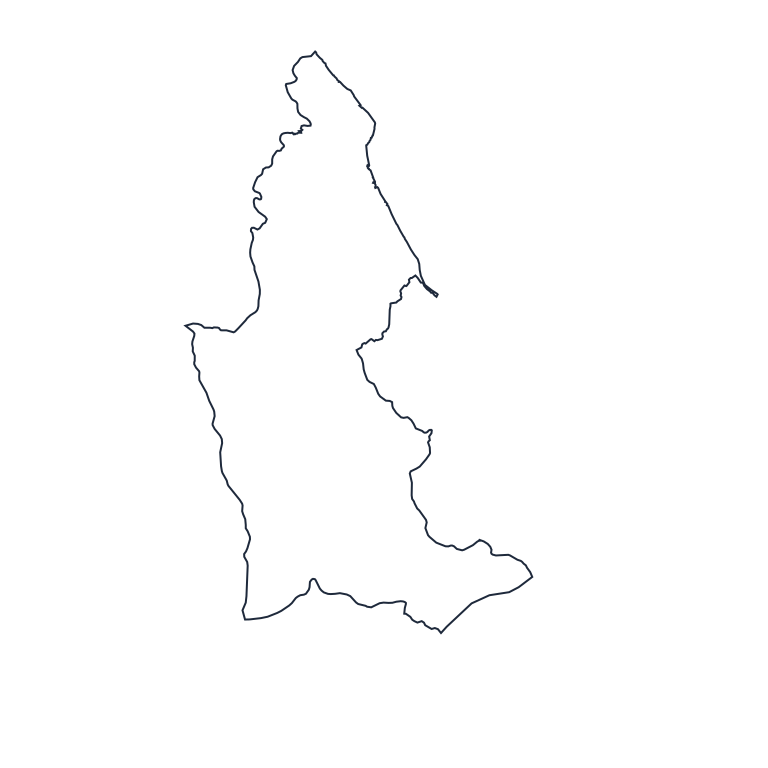 the district of Pidie, Aceh, Indonesia, rotated 25°
{"feature_id": "22746128B35853530005037", "entity_name": "Pidie", "entity_type": "district", "adm_level": 2, "iso_a3": "IDN", "parent_name": "Indonesia", "parent_adm1": "Aceh", "projection": "orthographic", "projection_center": [95.912, 5.113], "detail": "fine", "context": "isolated", "style": "outline", "palette": "slate", "viewbox_px": 768, "rotation_deg": 25, "n_neighbors": 0, "source": "geoboundaries", "source_scale": "gbopen_adm2", "svg_char_len": 6165}
<svg xmlns="http://www.w3.org/2000/svg" viewBox="0 0 768 768"><g transform="rotate(25 384 384)"><path d="M499.4,583.6L501.0,583.0L506.3,583.9L509.2,585.7L511.8,586.1L515.1,586.1L518.4,583.0L521.1,583.4L523.3,585.2L530.7,585.9L533.2,583.7L536.5,583.4L540.9,585.6L543.4,577.5L556.1,545.8L568.8,530.9L585.4,519.8L591.9,511.3L599.9,496.2L596.0,492.7L591.3,490.1L589.2,488.4L586.5,487.8L584.3,486.8L582.7,486.5L579.2,486.9L570.5,486.1L568.8,486.3L557.9,492.1L554.6,492.7L553.2,492.4L552.3,491.6L551.5,488.8L549.1,486.6L545.6,485.1L540.9,484.5L535.6,485.0L537.1,485.5L536.2,486.0L535.1,487.5L532.7,492.5L526.7,500.3L525.1,501.7L519.7,502.7L516.0,501.5L514.1,501.6L512.8,502.2L510.9,504.0L508.3,505.1L498.4,505.7L489.8,503.3L487.8,502.4L482.4,497.1L481.2,491.4L479.5,489.4L469.4,483.7L466.7,482.8L462.1,479.2L460.8,477.8L458.1,476.3L456.1,473.2L451.0,461.7L445.2,454.2L445.1,451.9L449.2,446.9L451.3,443.7L453.9,434.5L455.0,428.4L454.9,427.1L452.2,422.0L448.6,418.3L448.6,417.2L449.3,415.6L447.1,412.5L447.8,408.5L446.9,405.8L446.2,405.6L444.9,406.3L444.2,407.2L443.6,409.1L442.8,410.2L441.6,410.9L440.4,411.0L438.5,410.4L431.6,410.8L427.6,407.5L424.1,405.3L420.6,404.3L419.2,404.2L416.1,406.4L413.6,407.0L407.3,405.0L402.3,402.0L400.8,400.3L399.0,397.0L396.4,396.9L392.7,398.3L385.7,396.9L382.9,395.3L378.1,390.8L374.8,388.3L370.0,388.2L367.1,387.3L361.7,382.0L359.4,379.3L356.3,374.2L353.7,371.2L352.9,370.4L348.4,368.2L344.8,364.8L348.1,360.4L347.5,357.3L348.0,356.3L349.0,355.2L350.3,355.1L352.9,349.2L353.7,348.6L357.2,349.3L358.0,347.5L359.6,347.0L363.0,343.9L362.9,341.3L361.6,339.9L361.1,338.7L361.8,336.5L363.4,335.4L363.5,333.3L364.2,332.0L364.2,330.8L363.5,327.7L357.8,314.2L357.0,310.8L355.9,308.5L356.3,307.9L360.8,304.9L361.1,303.6L363.5,299.8L363.1,297.8L361.7,296.8L361.2,294.6L359.7,293.2L359.4,292.2L360.9,286.1L362.7,285.9L363.0,285.5L364.0,281.0L362.5,278.9L363.3,276.7L364.4,276.2L366.6,272.4L369.7,273.6L374.5,276.5L376.1,275.9L376.9,276.1L379.0,278.1L380.8,278.9L382.7,279.8L386.5,280.6L388.2,281.4L390.1,280.5L390.4,281.3L392.3,282.3L394.7,282.8L394.8,280.1L394.1,279.8L387.8,278.9L379.2,276.9L371.7,270.4L368.2,265.6L365.2,260.3L361.8,256.6L357.2,254.3L351.6,250.8L344.7,245.6L341.6,243.7L340.5,242.5L339.6,242.2L333.9,238.2L329.0,234.3L327.5,233.6L319.1,226.8L312.7,220.9L311.0,220.7L311.1,219.5L308.8,218.3L308.0,218.5L307.8,217.8L300.6,213.2L295.9,208.8L294.8,208.4L293.3,210.0L292.7,209.4L293.1,208.8L292.2,207.1L290.6,205.9L289.1,206.3L289.1,205.6L290.6,205.0L290.4,204.5L286.8,201.7L287.0,201.5L281.6,196.1L279.4,195.7L279.3,195.3L278.1,195.1L277.7,194.3L277.0,194.0L277.1,193.7L276.5,192.9L276.7,192.5L277.5,193.1L278.2,192.9L278.2,192.1L272.3,184.2L267.2,175.6L267.0,175.1L267.7,174.2L267.8,172.4L268.4,171.0L268.2,169.8L268.6,168.5L268.1,166.5L268.7,166.1L268.6,163.6L268.9,163.4L267.6,156.8L266.9,155.5L265.9,151.6L265.1,150.7L255.0,145.0L247.8,142.7L246.8,142.7L247.4,142.8L247.2,143.1L244.1,142.2L244.9,141.1L235.4,136.0L234.5,135.0L229.8,132.0L226.0,132.1L221.1,130.7L216.5,128.8L215.4,129.3L215.2,128.6L213.2,128.2L211.9,127.1L209.1,126.2L208.1,125.5L207.5,125.7L201.2,122.7L196.9,120.1L195.5,118.2L194.2,118.2L192.0,117.3L191.1,116.3L188.0,115.5L183.6,113.7L182.4,112.2L181.1,111.8L179.3,117.7L171.9,122.2L170.5,124.3L169.9,128.5L168.1,133.7L168.5,138.1L170.6,140.7L173.0,142.3L175.7,143.6L176.1,145.0L175.8,146.8L175.0,148.1L172.3,150.9L168.6,153.4L168.7,154.7L173.4,160.2L179.3,164.4L180.8,165.0L184.5,165.2L185.9,165.8L187.1,166.7L189.1,170.8L191.2,173.7L194.7,175.5L198.7,176.0L201.9,176.1L205.5,177.4L207.3,178.8L207.9,179.6L208.2,180.9L205.7,182.4L202.2,183.4L200.3,185.0L200.7,187.7L202.6,188.2L202.0,189.7L200.3,190.6L201.6,191.2L202.6,191.0L202.8,191.3L200.0,192.4L199.7,193.6L198.6,194.1L198.2,194.9L196.6,195.1L197.0,195.7L196.7,195.9L194.6,195.0L193.3,196.1L190.6,197.0L188.5,198.2L186.9,199.4L185.8,200.9L185.5,203.3L186.3,206.0L187.1,207.2L188.7,208.4L192.1,209.8L192.8,210.6L192.9,211.4L191.8,213.9L191.8,215.9L190.5,217.0L188.9,217.6L188.3,218.5L187.2,224.6L187.7,227.6L189.5,231.5L189.5,233.8L187.9,236.4L185.5,237.7L183.7,240.5L184.7,245.0L184.2,246.6L182.0,250.0L181.9,255.6L182.6,261.7L183.3,262.8L185.5,263.9L190.1,263.6L191.0,263.8L193.8,266.3L194.4,268.2L194.1,268.8L193.0,269.4L190.5,269.2L189.6,269.5L189.1,269.8L188.4,271.0L188.4,272.3L189.1,274.2L191.8,278.1L197.6,281.1L205.6,282.6L208.1,284.1L208.2,288.1L206.5,290.0L205.5,295.5L204.0,297.5L200.0,297.4L198.4,298.2L198.0,299.5L198.5,301.1L198.9,301.8L200.9,302.8L203.6,306.6L204.3,308.8L204.5,312.0L206.0,318.5L207.2,321.6L209.1,324.9L213.5,329.4L216.8,332.2L218.4,335.3L226.9,344.2L231.7,351.1L233.4,354.9L235.0,361.2L237.3,366.6L237.8,369.3L237.8,371.0L237.1,373.2L233.9,378.1L232.2,382.2L231.7,384.8L228.5,394.8L226.9,399.3L225.9,400.7L218.7,401.9L213.6,404.2L212.3,403.9L210.8,403.0L209.3,403.2L205.9,404.6L204.8,405.9L202.6,406.5L197.4,408.9L193.5,407.8L189.9,408.2L185.4,409.9L179.5,415.1L188.8,417.2L190.9,418.4L191.7,420.6L192.4,426.4L193.3,429.0L195.5,431.9L196.9,435.3L200.5,438.3L202.7,443.1L202.8,444.4L203.7,446.3L206.7,448.6L211.1,450.6L211.9,451.7L213.3,455.3L215.1,458.6L226.8,467.0L232.7,473.1L240.3,479.2L241.8,480.8L244.1,484.7L245.4,492.4L246.1,493.7L249.5,496.3L257.2,500.0L260.3,502.5L262.3,506.0L264.4,515.1L271.1,527.4L273.9,531.5L275.2,532.9L282.3,538.0L284.8,541.1L286.1,542.1L302.2,550.0L306.0,552.4L307.2,553.9L309.2,559.2L311.4,561.6L315.4,565.2L318.3,570.2L319.7,573.2L322.7,575.1L327.0,579.1L328.2,581.4L329.6,590.5L329.7,594.1L329.1,597.2L330.4,599.7L335.2,603.1L337.2,606.2L349.0,634.4L351.1,640.6L351.4,648.9L357.6,656.2L361.8,654.1L371.4,648.2L376.9,644.1L384.0,636.6L386.8,633.0L391.7,624.8L393.1,621.5L394.5,615.3L395.6,613.2L397.4,610.8L400.4,608.8L401.9,607.1L402.8,602.2L402.4,599.6L400.5,594.6L401.1,591.8L402.0,590.6L403.8,590.1L404.9,590.6L412.3,596.5L414.7,597.6L417.5,598.3L421.9,597.9L424.5,596.9L428.4,594.8L432.4,592.2L439.2,590.5L443.1,590.5L451.0,593.8L453.6,594.3L461.1,592.8L462.8,593.0L466.8,591.8L472.7,584.5L476.0,582.3L480.8,580.4L484.1,578.7L487.2,576.1L490.9,573.8L493.2,573.0L494.9,572.8L496.3,573.1L496.8,574.0L497.5,578.1L499.4,583.6Z" fill="none" stroke="#1e293b" stroke-width="2"/></g></svg>